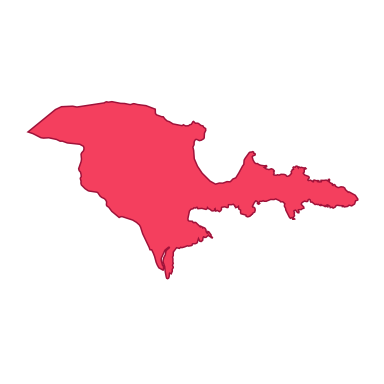 Village, Saint Lucia, rotated 2°
{"feature_id": "8701671B40321186165087", "entity_name": "Village", "entity_type": "district", "adm_level": 2, "iso_a3": "LCA", "parent_name": "Saint Lucia", "parent_adm1": "", "projection": "albers", "projection_center": [-60.893, 13.818], "detail": "fine", "context": "isolated", "style": "filled", "palette": "rose", "viewbox_px": 384, "rotation_deg": 2, "n_neighbors": 0, "source": "geoboundaries", "source_scale": "gbopen_adm2", "svg_char_len": 6120}
<svg xmlns="http://www.w3.org/2000/svg" viewBox="0 0 384 384"><g transform="rotate(2 192 192)"><path d="M120.1,220.0L121.8,219.1L123.3,219.1L133.7,222.1L137.6,224.3L140.6,226.8L141.8,228.8L144.2,235.5L151.1,248.8L152.0,251.1L151.6,251.3L153.7,251.1L155.4,254.3L156.9,257.8L158.6,263.4L159.7,265.9L161.5,268.9L165.5,271.0L166.0,271.0L166.2,268.6L165.9,267.0L165.1,266.3L163.6,261.5L163.6,259.4L166.9,251.2L170.2,248.2L170.9,247.9L171.3,248.2L171.0,248.9L169.1,250.5L168.0,252.0L167.5,255.7L166.2,258.4L165.5,261.5L165.7,263.3L167.3,267.5L168.0,272.5L169.2,277.8L169.7,279.1L170.7,279.5L171.6,278.9L172.1,277.5L172.3,274.0L172.5,273.8L174.1,274.5L175.1,271.8L174.9,270.0L175.9,268.3L175.9,267.7L175.0,265.9L175.8,263.8L175.3,262.8L175.3,259.6L174.8,257.7L175.5,256.3L175.4,252.7L178.5,248.2L181.4,248.8L182.7,247.6L183.8,248.0L186.6,247.1L189.3,245.9L190.5,246.2L193.2,245.6L194.0,245.1L194.1,244.1L194.6,243.7L197.4,243.5L199.0,242.5L200.1,238.3L201.5,240.9L202.8,241.2L204.3,240.0L204.7,237.0L205.1,236.4L205.5,236.4L206.2,237.0L207.6,236.8L209.9,234.5L211.0,235.8L212.0,235.7L212.7,236.9L213.8,237.2L214.0,236.8L212.5,235.3L212.6,234.3L210.2,231.2L209.2,230.9L209.1,232.6L208.6,232.6L207.7,231.4L207.1,228.9L206.1,227.6L204.3,226.9L204.0,227.4L203.6,226.7L202.0,225.9L201.9,226.5L201.6,226.6L196.9,222.4L195.9,222.2L195.1,222.7L194.0,222.3L193.8,221.6L193.3,221.2L190.3,221.2L189.2,220.6L188.8,218.8L190.1,211.2L191.5,209.3L193.6,208.7L194.5,207.7L196.0,207.9L197.0,207.2L197.9,207.2L198.1,208.3L198.5,208.5L202.4,208.0L206.6,208.9L207.8,208.1L208.0,207.0L209.1,208.1L210.7,208.7L212.2,210.0L213.1,210.2L214.9,209.9L215.3,209.1L215.2,208.2L215.7,207.8L216.4,210.2L218.1,209.6L220.1,210.7L221.3,209.7L222.0,208.6L222.0,206.7L222.3,206.2L225.4,205.6L227.3,206.3L228.3,206.3L228.7,205.9L228.9,203.4L232.1,203.3L233.6,202.8L235.2,204.1L235.3,204.9L236.0,205.4L236.1,206.1L237.6,205.7L238.9,204.7L239.3,207.3L241.2,208.4L241.2,210.7L241.7,212.0L246.7,213.2L247.0,214.4L248.6,214.9L250.8,214.2L251.2,213.4L251.9,213.2L252.3,212.4L253.1,212.1L253.7,210.9L255.4,209.8L255.8,207.8L255.4,206.0L254.2,205.0L253.3,205.0L252.9,204.2L254.5,200.7L255.9,198.7L256.8,198.8L257.5,199.3L257.8,199.9L257.8,201.3L259.1,201.9L260.0,201.1L259.0,200.4L260.0,199.0L262.1,198.9L263.4,198.2L264.2,198.7L266.4,198.7L270.9,196.7L274.2,196.7L275.9,196.0L280.0,197.7L280.9,198.7L283.1,198.6L285.2,200.5L284.8,201.9L284.9,203.2L286.0,204.8L286.4,206.8L290.1,213.6L291.2,214.8L292.3,214.1L292.8,214.4L293.6,215.7L294.9,215.7L295.5,215.4L293.7,214.0L295.3,212.2L294.8,210.2L295.2,209.3L294.5,207.8L294.7,207.0L296.1,206.5L298.1,208.9L299.4,209.1L299.7,208.1L299.0,206.8L299.0,206.0L301.9,205.7L302.7,204.9L304.4,204.3L304.2,203.1L301.7,200.6L301.7,199.9L302.4,198.7L304.7,197.2L306.8,197.6L307.8,197.4L308.2,196.7L308.1,196.1L309.2,195.2L309.8,195.3L310.4,195.8L310.7,197.3L311.2,198.0L312.3,197.9L315.4,200.2L317.1,199.9L318.0,200.2L318.9,200.0L320.2,200.9L321.3,201.1L321.6,200.9L321.1,200.2L321.3,200.0L322.5,200.8L323.7,201.0L325.6,202.0L326.0,201.8L325.9,201.2L328.3,202.2L328.6,201.5L327.4,200.3L327.9,200.1L330.1,201.3L330.7,202.8L332.6,202.3L333.6,203.2L335.6,202.1L336.5,200.6L337.6,200.2L340.5,200.5L343.2,200.4L343.4,200.5L342.6,201.1L342.7,201.4L344.3,201.2L344.8,201.6L348.0,201.0L349.4,199.7L352.1,200.3L354.9,198.3L355.8,195.1L357.9,194.3L358.0,193.3L355.3,189.6L349.4,186.6L348.7,186.4L348.2,186.8L345.3,184.3L344.5,182.7L343.0,181.8L340.7,181.6L338.6,182.4L337.6,182.4L335.1,181.2L335.1,180.3L333.7,179.5L333.0,179.8L332.7,180.5L332.3,180.3L331.9,179.9L331.8,178.7L330.4,178.3L328.8,177.2L329.1,175.0L328.8,174.5L327.9,174.7L327.9,175.9L327.6,176.3L325.7,175.4L323.5,175.8L320.9,175.8L320.5,175.9L321.0,176.7L320.9,177.2L319.0,177.5L317.6,177.3L318.3,176.4L317.6,176.1L316.2,176.4L313.6,175.8L312.5,176.6L313.1,177.2L313.1,177.5L312.6,177.6L310.0,176.0L308.0,176.5L307.4,176.1L307.4,175.3L308.5,174.1L308.6,173.1L307.7,172.3L304.1,171.1L302.6,169.5L302.7,168.9L303.5,168.1L303.4,165.6L305.2,164.7L304.5,163.9L303.0,164.1L300.3,163.5L299.5,163.9L298.0,163.2L297.4,164.3L296.5,162.7L295.7,162.5L295.1,162.5L294.3,163.6L292.7,163.4L292.1,164.0L292.6,165.8L291.4,166.2L291.2,167.1L290.4,168.0L290.8,169.8L290.6,170.3L289.8,170.8L289.1,172.1L287.1,173.0L286.0,172.9L285.1,171.7L283.4,171.2L280.3,171.2L278.6,172.1L276.7,171.8L275.6,172.4L273.3,172.1L272.9,171.7L273.4,170.4L272.9,168.8L273.5,168.3L273.4,167.9L272.0,166.5L270.4,166.0L268.2,166.9L265.4,166.4L263.4,165.0L265.6,164.3L265.8,163.6L265.3,163.0L263.5,163.3L259.7,162.9L258.0,162.3L256.5,161.3L254.8,161.4L253.4,160.4L251.9,157.9L250.9,154.8L251.7,153.8L253.7,152.9L253.9,151.9L253.5,151.4L252.4,151.1L252.1,149.9L251.3,149.5L249.8,150.1L248.7,150.1L247.8,150.7L244.1,156.2L243.0,158.3L242.8,162.6L241.6,164.3L238.1,171.4L235.3,176.3L232.4,177.6L230.2,180.1L229.5,180.5L226.6,180.4L222.5,182.1L219.0,182.1L215.2,183.3L209.7,180.5L201.5,172.9L196.6,166.1L193.1,158.7L192.2,150.4L191.3,147.1L192.4,144.7L192.4,142.4L192.7,141.0L193.6,139.5L194.1,139.3L195.0,139.3L197.6,140.4L199.5,139.9L201.8,138.4L202.3,137.5L202.4,132.7L203.6,130.0L203.4,128.1L201.5,127.0L200.7,125.6L198.5,125.1L196.1,123.3L194.8,123.0L193.0,123.2L191.1,121.4L190.5,121.7L189.0,124.4L187.6,124.8L186.2,125.9L183.3,126.2L181.0,125.1L180.3,125.8L179.2,126.0L170.6,124.6L166.9,122.5L164.7,121.9L162.6,120.2L160.6,117.8L159.0,117.8L153.8,116.1L152.7,114.7L152.4,110.5L143.0,107.3L134.6,106.5L131.4,105.8L130.2,105.8L127.6,106.8L126.2,106.7L121.6,105.9L117.5,105.9L108.8,104.5L105.1,105.2L103.6,104.8L102.3,105.2L101.2,106.0L74.0,111.1L69.8,110.4L58.6,111.3L52.6,114.4L26.0,137.7L31.0,139.2L39.1,143.0L41.7,143.3L46.9,142.8L54.8,144.2L58.4,145.8L60.7,145.7L65.6,147.3L78.2,148.2L81.9,150.1L82.5,151.6L82.5,153.2L82.1,154.6L80.4,156.7L79.8,158.1L80.4,162.9L80.2,165.2L77.9,172.7L78.5,174.6L79.8,175.9L80.5,178.2L80.8,180.5L80.0,181.8L79.9,182.6L80.7,184.9L80.7,187.2L81.2,188.8L85.0,192.4L87.9,194.2L89.0,194.6L96.9,195.5L97.9,196.0L100.3,199.3L101.9,200.5L104.7,201.7L106.0,203.0L107.0,204.8L106.9,207.9L107.4,208.9L109.4,210.2L112.5,214.1L120.1,220.0Z" fill="#f43f5e" stroke="#9f1239" stroke-width="1.5"/></g></svg>